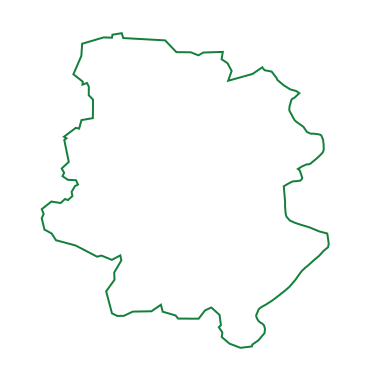 Staro Nagorichane, Staro Nagoričane, North Macedonia, rotated 101°
{"feature_id": "65306769B92481103020830", "entity_name": "Staro Nagorichane", "entity_type": "district", "adm_level": 2, "iso_a3": "MKD", "parent_name": "North Macedonia", "parent_adm1": "Staro Nagoričane", "projection": "orthographic", "projection_center": [21.915, 42.232], "detail": "fine", "context": "isolated", "style": "outline", "palette": "green", "viewbox_px": 384, "rotation_deg": 101, "n_neighbors": 0, "source": "geoboundaries", "source_scale": "gbopen_adm2", "svg_char_len": 2313}
<svg xmlns="http://www.w3.org/2000/svg" viewBox="0 0 384 384"><g transform="rotate(101 192 192)"><path d="M305.9,257.3L326.4,247.4L327.9,241.7L326.6,235.3L320.7,227.3L316.8,209.0L308.6,201.0L315.1,197.9L316.3,184.6L318.9,181.5L315.1,161.3L305.7,156.6L301.7,151.0L307.4,141.5L317.3,138.2L319.6,139.9L324.1,135.4L328.7,135.1L333.7,126.2L335.7,114.7L332.2,103.8L330.2,103.6L324.9,98.5L316.7,93.9L312.6,94.2L311.2,94.8L309.2,95.9L307.8,97.8L307.5,98.9L307.0,100.2L306.4,101.4L305.4,102.6L303.0,104.6L301.0,105.5L294.6,104.2L292.8,103.0L290.5,100.5L288.7,98.3L283.6,92.9L276.6,86.6L270.2,81.2L266.8,78.5L258.6,73.8L254.1,71.8L248.7,69.2L244.6,66.3L242.0,64.1L239.4,62.1L237.5,60.7L235.6,59.3L230.2,54.9L224.5,51.5L220.4,48.0L217.3,47.8L213.7,48.9L207.0,51.3L206.8,52.9L206.4,59.7L204.3,69.8L203.4,79.0L202.5,85.5L201.3,90.5L200.6,91.5L198.3,94.4L197.1,95.2L194.9,96.1L193.4,96.5L188.8,97.8L185.9,98.4L184.4,98.6L178.8,100.2L173.8,101.6L168.9,103.0L165.7,99.4L163.7,97.0L162.1,94.5L161.5,91.7L161.1,90.6L160.1,87.8L158.4,86.7L157.2,86.4L154.1,88.1L150.3,90.3L149.2,92.4L146.0,89.0L143.0,84.7L142.5,82.5L141.5,81.1L135.0,75.8L131.7,73.4L128.8,71.5L127.5,71.0L125.1,70.8L123.3,71.2L119.8,72.0L115.5,73.4L111.8,75.9L111.3,77.3L111.2,78.7L111.5,83.5L112.1,86.7L111.1,90.7L106.8,95.0L103.6,102.0L103.3,102.8L102.1,104.7L101.5,105.4L93.7,111.8L92.7,112.2L89.5,112.6L83.3,112.1L82.6,111.9L81.4,111.4L80.7,110.3L80.1,109.7L79.1,108.8L74.5,105.5L73.0,109.0L72.5,115.2L69.9,122.0L65.9,129.3L65.3,129.9L64.1,130.6L58.6,136.8L58.6,143.9L56.6,146.6L56.2,146.8L64.5,155.0L75.9,177.7L65.6,176.2L58.8,181.7L56.0,188.3L48.6,188.5L52.9,207.4L56.6,211.8L55.1,219.9L57.7,234.0L48.3,247.3L54.0,288.9L49.5,291.3L52.8,300.1L55.8,300.0L57.1,308.2L67.4,328.1L79.6,326.6L99.1,330.9L104.5,320.3L107.5,320.0L105.0,315.9L108.2,313.4L116.7,311.8L120.2,306.8L138.4,303.4L142.5,314.2L151.3,314.9L151.2,318.3L162.2,328.2L163.2,325.5L165.3,327.3L186.0,318.7L193.8,324.4L197.5,321.2L201.2,322.1L203.7,316.2L202.6,308.1L206.5,305.3L208.5,308.0L214.8,310.2L218.8,308.6L223.6,312.2L223.1,315.3L227.9,318.9L228.2,328.2L237.5,336.2L241.9,333.4L246.4,334.5L257.0,329.7L259.5,321.9L265.3,316.3L266.7,296.1L273.6,272.8L271.7,268.7L273.9,257.7L267.9,250.3L272.6,248.3L286.0,253.0L292.9,251.3L305.9,257.3Z" fill="none" stroke="#15803d" stroke-width="2"/></g></svg>